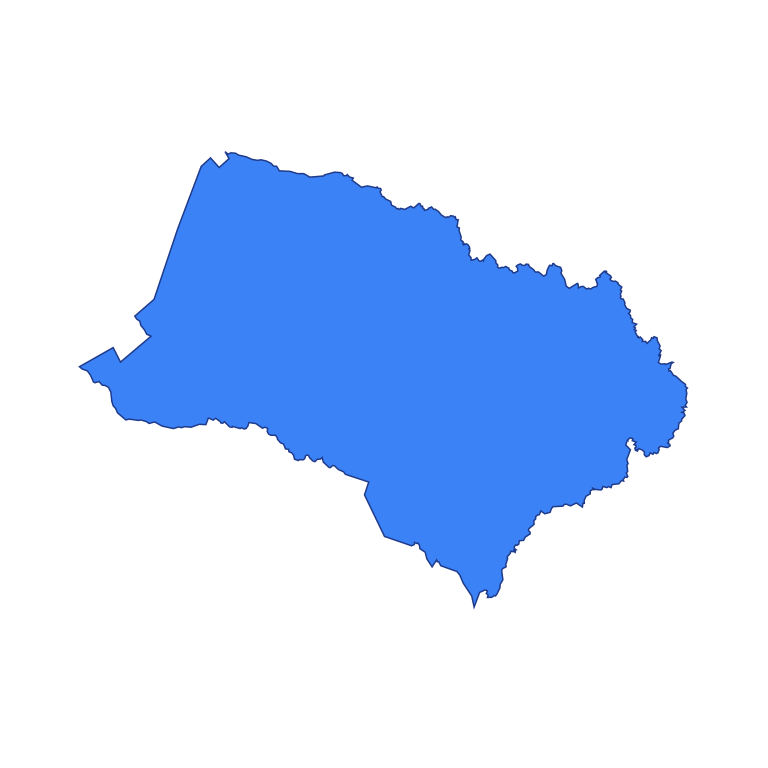 the district of Mareeba, Queensland, Australia, rotated 14°
{"feature_id": "25037944B55743987265110", "entity_name": "Mareeba", "entity_type": "district", "adm_level": 2, "iso_a3": "AUS", "parent_name": "Australia", "parent_adm1": "Queensland", "projection": "albers", "projection_center": [144.699, -17.129], "detail": "fine", "context": "isolated", "style": "filled", "palette": "blue", "viewbox_px": 768, "rotation_deg": 14, "n_neighbors": 0, "source": "geoboundaries", "source_scale": "gbopen_adm2", "svg_char_len": 6166}
<svg xmlns="http://www.w3.org/2000/svg" viewBox="0 0 768 768"><g transform="rotate(14 384 384)"><path d="M676.6,311.4L672.2,309.6L665.3,305.8L662.9,305.6L658.7,301.8L657.2,302.4L656.5,300.5L657.8,299.8L657.7,295.0L659.3,293.1L658.0,293.1L652.5,297.0L651.7,296.4L647.9,297.7L645.0,296.7L645.4,290.8L643.1,289.5L645.3,289.7L645.4,288.8L644.1,288.2L644.8,284.5L642.5,283.4L642.7,280.3L638.8,275.9L637.7,273.1L634.5,272.8L634.3,274.5L632.5,274.3L632.2,276.8L629.2,281.0L627.6,279.4L624.2,280.2L624.3,278.4L621.4,276.4L620.3,277.6L619.1,277.4L619.3,276.4L618.1,276.2L615.1,272.7L615.8,271.0L613.6,270.7L614.4,268.8L612.7,268.1L614.6,264.8L610.0,264.4L609.6,261.1L607.6,260.4L606.5,257.7L604.2,256.4L605.3,254.7L605.1,252.8L601.0,251.8L598.1,248.5L598.2,247.0L595.6,243.7L593.2,244.0L592.4,243.2L592.8,241.7L591.6,239.7L592.1,236.3L590.6,235.6L591.3,232.4L587.0,230.5L586.7,229.3L584.8,228.5L583.2,228.2L581.9,229.1L578.8,228.4L577.8,227.5L578.9,225.7L577.6,224.2L571.8,222.1L572.8,221.3L571.9,220.7L570.3,221.4L567.0,226.4L568.0,227.5L567.4,228.3L566.0,228.8L564.1,231.2L567.0,235.5L566.9,237.8L563.4,239.7L561.5,241.8L559.1,241.6L557.7,242.9L553.9,241.1L551.7,241.7L549.5,243.8L548.1,240.0L547.2,239.6L540.6,246.4L537.1,244.9L534.0,238.8L528.9,233.7L529.1,231.0L527.2,228.1L522.0,227.7L519.5,226.1L518.7,226.4L518.4,228.7L516.2,228.6L515.7,229.4L514.8,233.9L515.0,238.6L512.9,240.7L506.7,237.9L504.1,238.7L502.9,238.2L501.6,236.9L496.7,234.9L495.2,233.0L492.8,233.3L492.1,234.8L490.0,235.4L487.2,234.5L484.7,236.4L483.8,237.8L485.4,239.0L486.5,242.1L483.8,244.5L482.2,244.8L481.1,243.5L478.0,242.9L477.1,241.4L473.7,240.5L471.5,242.4L470.5,242.1L467.6,243.8L465.9,243.1L465.6,241.0L463.2,239.3L462.6,237.2L455.4,232.3L452.5,234.6L450.7,238.6L450.7,240.4L449.9,239.8L447.9,241.6L446.5,241.6L443.6,239.1L441.9,241.2L438.6,242.8L437.8,240.3L435.0,238.3L435.1,233.4L433.5,232.5L434.4,231.7L433.6,230.3L431.6,228.4L429.6,228.1L427.9,229.6L427.6,228.4L426.7,228.9L426.4,226.9L423.6,225.6L423.3,222.7L419.6,216.8L419.4,214.4L416.8,213.9L416.2,206.6L414.2,207.1L412.7,204.5L411.9,205.3L410.8,204.3L408.0,204.6L406.0,206.8L404.9,206.5L403.4,207.6L398.7,206.1L395.3,203.5L391.3,202.0L390.1,202.6L387.3,200.7L384.6,202.8L384.5,203.9L381.3,205.7L380.3,204.2L379.2,204.1L378.4,202.2L377.2,202.7L375.2,200.3L374.2,200.3L370.3,205.9L366.9,205.1L361.9,209.6L357.8,209.5L356.9,210.9L355.4,210.2L354.2,211.0L352.2,209.6L348.1,208.7L346.3,205.3L340.8,204.1L338.3,202.3L336.9,202.6L333.6,198.4L334.4,196.8L333.5,195.2L330.7,195.4L329.6,194.5L329.1,195.5L320.0,195.8L314.5,198.5L303.7,194.0L304.4,191.6L300.4,191.5L297.7,189.7L297.1,190.9L294.5,191.7L292.7,189.9L290.7,189.4L284.8,190.4L275.7,195.5L275.0,196.8L262.0,201.2L255.3,199.3L249.1,200.8L241.5,200.4L230.9,202.5L227.1,198.7L224.2,199.3L221.0,197.2L215.8,196.1L210.5,196.2L207.0,197.6L201.8,198.0L195.4,196.9L187.6,197.1L184.2,196.0L179.6,196.7L177.0,198.7L173.6,197.0L179.1,202.8L171.7,213.8L161.0,206.6L154.0,217.1L146.3,283.1L140.4,357.5L125.8,378.4L128.3,380.8L131.8,382.1L134.0,386.1L138.6,389.5L141.7,393.1L146.4,394.0L123.0,426.5L112.4,414.2L84.3,440.9L87.3,442.4L93.1,443.1L97.1,446.5L101.7,452.4L103.2,452.7L106.9,450.6L110.9,453.3L113.6,452.9L117.5,453.9L120.9,457.9L124.1,466.7L126.6,470.8L129.3,472.5L132.5,476.5L142.2,481.3L145.3,479.7L155.0,478.7L156.4,477.7L162.9,478.0L165.6,479.1L170.7,476.3L178.7,478.5L190.4,478.2L195.4,475.2L198.0,475.4L200.6,473.7L207.3,472.6L214.5,467.8L221.0,466.5L221.8,459.7L222.4,459.5L227.0,460.4L229.0,458.0L234.0,460.0L235.2,461.3L237.1,461.0L238.3,459.2L244.5,462.9L247.1,462.8L247.5,461.8L255.2,462.0L256.3,460.9L259.1,461.5L260.9,460.6L262.1,457.7L262.2,454.1L269.3,453.4L276.8,456.3L278.9,454.7L281.9,455.2L282.2,458.4L284.3,460.6L286.8,461.1L291.0,460.0L293.3,461.7L294.0,463.4L297.8,466.1L301.0,466.5L304.1,470.8L307.4,470.5L308.1,472.7L311.0,473.1L313.5,475.0L315.4,478.6L319.4,479.0L320.1,477.9L323.9,477.1L325.1,475.7L325.3,472.6L326.7,471.4L328.5,471.9L329.4,473.4L333.3,475.8L335.7,476.1L337.6,473.1L340.6,472.2L341.9,470.3L343.9,474.4L351.0,478.3L352.3,478.0L353.8,475.5L355.9,475.4L360.3,478.0L366.1,479.0L368.4,481.0L392.9,482.8L391.9,496.3L421.4,531.8L450.0,534.3L452.3,532.3L452.0,530.4L454.7,530.8L455.4,530.1L457.2,531.6L458.8,535.2L464.6,537.2L468.0,543.4L474.9,549.8L477.6,542.0L478.7,543.6L480.2,543.4L483.1,546.6L500.1,548.3L503.8,551.1L509.1,558.1L520.4,568.5L525.4,578.6L527.2,563.1L531.9,559.4L534.3,559.5L534.0,562.6L536.1,563.6L536.0,566.1L540.1,564.9L542.5,562.4L543.5,562.6L544.5,560.1L545.8,553.7L545.2,550.3L546.7,545.2L543.2,536.3L543.8,534.4L546.7,531.8L545.8,529.6L546.2,523.6L545.3,522.1L547.5,517.6L547.5,515.6L549.7,515.5L550.1,514.7L551.9,515.7L552.0,514.4L550.7,513.3L552.1,512.8L550.3,512.1L549.8,510.5L550.8,508.2L552.2,508.3L553.5,506.8L553.2,503.4L557.3,501.9L558.1,498.4L562.1,494.0L561.4,492.3L559.6,491.2L559.5,489.5L563.6,483.8L562.4,480.5L563.8,478.4L563.3,476.0L564.9,473.7L566.3,473.3L566.9,469.3L571.5,471.0L576.2,468.3L576.6,464.3L577.8,462.1L587.2,459.2L588.0,457.3L589.8,456.5L594.5,457.1L599.4,452.9L606.3,455.4L605.9,451.5L607.2,451.3L606.4,448.3L607.2,444.0L610.7,440.6L610.0,438.0L611.7,436.0L613.1,435.7L612.2,434.7L614.3,435.2L620.3,434.3L621.1,433.0L621.1,430.5L625.3,430.6L626.7,429.2L629.4,429.6L629.6,426.4L636.0,424.0L637.8,420.2L640.0,420.2L639.3,419.0L640.1,416.1L642.3,415.9L642.9,414.8L640.6,411.5L641.6,410.0L639.4,404.0L640.1,402.2L637.8,398.7L639.0,388.2L633.3,384.7L633.7,380.0L634.4,380.1L634.1,379.1L635.8,376.7L638.8,376.9L638.6,378.9L642.7,379.3L641.2,382.4L643.2,382.6L643.9,383.9L642.9,385.5L644.0,387.5L645.9,387.7L645.5,386.7L646.3,386.8L646.6,385.1L650.5,385.5L653.1,387.0L653.7,389.7L656.0,391.2L658.4,389.4L658.9,386.5L662.0,387.1L662.5,385.1L665.2,385.6L666.5,384.4L666.8,380.8L665.7,379.8L667.5,377.5L674.4,377.1L676.6,374.7L675.8,373.4L673.6,372.9L674.3,371.3L673.5,369.8L677.1,366.5L677.8,364.7L676.2,361.6L677.8,358.2L680.4,356.3L679.6,350.8L681.6,348.0L681.5,345.9L683.7,341.8L682.0,339.5L679.9,339.4L682.5,336.9L678.7,334.4L683.1,333.1L681.4,331.8L682.5,328.5L680.4,325.5L680.1,320.1L678.4,316.1L679.4,314.6L677.0,313.4L676.6,311.4Z" fill="#3b82f6" stroke="#1e3a8a" stroke-width="1.5"/></g></svg>